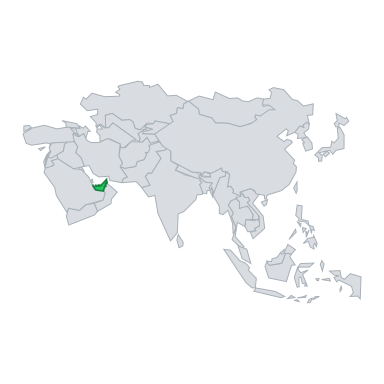 United Arab Emirates highlighted on a map of Asia
{"feature_id": "ARE", "entity_name": "United Arab Emirates", "entity_type": "country or territory", "adm_level": 0, "iso_a3": "ARE", "parent_name": "Asia", "parent_adm1": "", "projection": "robinson", "projection_center": [54.388, 24.345], "detail": "fine", "context": "in_parent", "style": "filled", "palette": "green", "viewbox_px": 384, "rotation_deg": 0, "n_neighbors": 45, "source": "natural_earth", "source_scale": "50m", "svg_char_len": 14632}
<svg xmlns="http://www.w3.org/2000/svg" viewBox="0 0 384 384"><path d="M187.6,101.4L183.8,103.9L183.0,108.7L177.5,107.6L176.5,113.5L170.1,115.6L173.2,121.4L171.9,124.2L155.1,121.0L153.4,123.7L147.0,123.0L140.5,129.9L135.1,128.2L133.1,122.0L129.7,119.6L121.9,120.3L112.3,113.4L105.4,115.3L105.6,127.7L100.4,124.3L96.1,126.1L96.1,122.7L90.3,116.6L97.6,114.5L97.7,109.2L87.2,110.7L80.4,104.1L83.5,97.3L86.1,99.2L92.0,93.2L104.7,96.7L119.2,96.2L119.8,94.6L115.6,92.4L119.9,89.1L117.9,86.8L119.1,85.7L137.9,81.3L142.5,82.0L143.6,85.3L149.5,85.6L149.5,87.4L157.9,84.2L167.6,95.9L176.2,95.3L187.6,101.4Z" fill="#d9dde1" stroke="#a8b0b8" stroke-width="1"/><path d="M105.6,127.7L105.4,115.3L112.3,113.4L121.9,120.3L129.7,119.6L133.1,122.0L135.1,128.2L139.5,129.9L146.5,124.5L145.2,127.0L152.6,129.2L149.3,131.6L146.0,131.4L146.0,128.9L142.4,129.7L140.5,133.7L138.1,133.5L140.3,138.4L138.9,141.8L112.8,122.9L108.7,127.7L105.6,127.7Z" fill="#d9dde1" stroke="#a8b0b8" stroke-width="1"/><path d="M361.0,276.8L360.2,298.9L357.7,296.1L350.1,296.5L353.4,292.8L351.5,286.3L338.9,280.0L336.8,281.9L333.9,277.5L339.1,275.5L334.7,275.4L329.6,271.1L340.0,270.6L341.2,277.3L344.3,279.4L350.3,273.7L361.0,276.8ZM312.2,298.1L310.4,302.4L307.5,302.7L309.2,299.5L312.2,298.1ZM340.1,291.4L340.0,288.8L341.2,286.4L341.8,289.0L340.1,291.4ZM291.6,253.9L289.9,256.9L295.1,264.9L291.5,265.3L286.4,281.6L268.7,277.9L265.0,266.5L267.0,261.1L269.6,265.3L279.5,263.8L281.9,263.1L285.5,253.3L291.6,253.9ZM321.6,279.5L329.4,278.4L330.4,281.0L321.6,279.5ZM318.5,280.8L316.5,280.2L315.9,278.7L319.0,278.6L318.5,280.8ZM321.8,260.5L324.1,264.1L322.4,271.0L320.3,264.5L321.8,260.5ZM300.7,263.5L313.8,263.1L309.2,267.1L298.7,267.1L298.2,269.7L300.9,272.7L308.1,270.0L302.6,274.4L307.3,286.1L304.5,285.9L306.0,283.1L302.3,283.5L300.9,276.9L298.9,277.9L299.1,286.7L297.2,287.2L294.3,277.4L297.6,267.4L300.7,263.5ZM299.6,301.8L294.2,300.4L297.0,299.7L299.6,301.8ZM297.2,297.9L303.4,296.7L306.2,295.4L305.6,297.3L297.2,297.9ZM291.2,295.4L294.8,297.5L287.6,298.6L291.2,295.4ZM256.0,288.0L275.5,291.5L284.6,296.4L281.1,297.7L253.8,291.2L256.0,288.0ZM248.4,270.3L256.3,278.3L255.3,287.8L252.0,287.9L245.7,282.3L223.8,249.3L230.4,250.1L240.0,260.8L245.6,263.2L249.6,267.6L248.4,270.3Z" fill="#d9dde1" stroke="#a8b0b8" stroke-width="1"/><path d="M312.5,299.8L315.2,296.6L319.4,296.5L312.5,299.8Z" fill="#d9dde1" stroke="#a8b0b8" stroke-width="1"/><path d="M48.4,154.9L45.7,159.7L45.1,167.7L43.6,161.9L46.3,155.6L48.4,154.9Z" fill="#d9dde1" stroke="#a8b0b8" stroke-width="1"/><path d="M50.8,151.8L46.4,155.5L50.4,150.4L50.8,151.8Z" fill="#d9dde1" stroke="#a8b0b8" stroke-width="1"/><path d="M47.5,157.9L45.5,161.4L46.4,157.4L47.5,157.9Z" fill="#d9dde1" stroke="#a8b0b8" stroke-width="1"/><path d="M47.5,157.9L56.9,154.6L57.8,158.7L51.5,160.9L54.1,164.3L48.4,168.8L45.1,167.7L47.5,157.9Z" fill="#d9dde1" stroke="#a8b0b8" stroke-width="1"/><path d="M90.8,183.8L90.6,181.4L92.2,179.2L93.1,182.3L90.8,183.8Z" fill="#d9dde1" stroke="#a8b0b8" stroke-width="1"/><path d="M80.9,165.8L84.0,170.9L78.7,169.1L80.9,165.8Z" fill="#d9dde1" stroke="#a8b0b8" stroke-width="1"/><path d="M57.8,158.7L56.9,154.6L63.3,151.0L64.4,144.4L68.8,141.0L74.3,141.7L77.8,146.7L75.8,152.5L81.1,157.6L84.5,166.3L73.3,168.8L57.8,158.7Z" fill="#d9dde1" stroke="#a8b0b8" stroke-width="1"/><path d="M103.7,190.8L107.1,183.3L117.2,192.1L111.4,199.2L111.0,203.6L97.5,211.4L94.2,203.4L103.1,200.0L105.0,193.2L103.7,190.8ZM107.4,178.6L106.2,179.4L107.0,178.3L107.4,178.6Z" fill="#d9dde1" stroke="#a8b0b8" stroke-width="1"/><path d="M244.9,226.5L245.8,219.6L254.9,220.8L256.1,218.4L259.6,222.0L259.5,226.0L254.6,228.6L256.0,230.7L247.8,231.8L244.9,226.5Z" fill="#d9dde1" stroke="#a8b0b8" stroke-width="1"/><path d="M252.4,219.4L245.8,219.6L244.9,226.5L237.3,222.4L235.2,236.5L244.2,246.8L241.3,248.6L232.1,239.6L236.0,227.5L231.4,216.6L233.3,213.0L228.3,205.3L230.6,201.0L235.9,198.6L239.6,201.8L239.4,208.4L245.5,205.7L250.2,208.7L253.2,215.0L252.4,219.4Z" fill="#d9dde1" stroke="#a8b0b8" stroke-width="1"/><path d="M258.8,219.7L252.4,219.4L253.2,215.0L247.8,206.0L239.4,208.4L239.6,201.8L235.9,198.6L240.7,196.0L240.0,192.1L244.9,197.4L248.5,197.4L249.9,200.4L247.3,202.5L258.3,213.9L258.8,219.7Z" fill="#d9dde1" stroke="#a8b0b8" stroke-width="1"/><path d="M235.9,198.6L230.6,201.0L228.3,205.3L233.3,213.0L231.4,216.6L236.0,227.5L233.2,234.2L232.6,223.4L227.9,210.4L222.9,214.6L219.3,213.5L219.3,206.1L212.7,195.0L219.7,177.7L225.4,175.9L225.5,171.9L229.7,174.5L227.7,186.8L230.7,186.2L233.6,190.0L232.9,192.8L238.6,193.7L235.9,198.6Z" fill="#d9dde1" stroke="#a8b0b8" stroke-width="1"/><path d="M250.4,232.3L256.0,230.7L254.6,228.6L259.5,226.0L259.2,216.3L247.3,202.5L249.9,200.4L248.5,197.4L244.9,197.4L241.4,191.6L250.5,188.6L259.0,194.7L252.6,203.2L263.1,216.0L264.7,228.3L253.0,238.7L250.4,232.3Z" fill="#d9dde1" stroke="#a8b0b8" stroke-width="1"/><path d="M309.3,124.1L308.5,129.1L303.8,132.9L306.9,137.6L297.4,138.5L298.1,134.2L294.6,132.4L296.1,130.2L299.7,126.0L303.7,127.2L302.7,125.4L306.9,122.1L309.3,124.1Z" fill="#d9dde1" stroke="#a8b0b8" stroke-width="1"/><path d="M301.8,139.7L307.1,136.8L311.9,143.0L312.5,148.8L305.7,151.1L302.6,143.2L304.5,142.6L301.8,139.7Z" fill="#d9dde1" stroke="#a8b0b8" stroke-width="1"/><path d="M188.5,101.1L199.2,96.1L213.1,99.7L215.3,92.1L229.5,98.5L237.7,97.9L242.8,101.1L248.6,101.6L257.2,97.9L263.6,99.1L263.4,106.3L269.2,105.2L274.8,108.5L260.3,116.0L255.7,115.0L254.9,117.1L256.8,119.5L253.7,122.5L239.9,126.7L227.8,123.2L215.6,123.0L211.8,117.9L199.4,114.4L198.5,109.1L188.5,101.1Z" fill="#d9dde1" stroke="#a8b0b8" stroke-width="1"/><path d="M225.5,171.9L225.4,175.9L219.7,177.7L213.7,193.1L211.8,187.7L210.6,189.9L208.9,188.1L212.2,183.1L204.9,182.1L200.7,178.1L199.8,180.4L202.0,182.2L199.7,184.7L201.6,185.6L202.6,194.3L197.0,194.9L195.9,199.5L183.7,211.7L178.2,213.9L177.3,232.7L170.5,240.9L158.0,213.6L154.9,195.4L148.6,197.0L141.6,187.5L149.9,185.2L145.2,176.4L148.3,172.9L151.6,173.1L160.9,158.3L156.2,151.4L164.9,150.2L167.4,147.4L170.8,151.3L171.0,160.9L178.2,165.4L175.5,170.1L185.2,175.0L199.2,178.2L200.7,172.5L201.3,175.9L204.0,177.2L210.6,176.8L209.4,173.6L221.6,167.9L222.4,171.4L225.5,171.9Z" fill="#d9dde1" stroke="#a8b0b8" stroke-width="1"/><path d="M211.8,187.7L213.1,197.7L209.8,190.6L207.1,190.5L206.7,193.8L203.0,193.0L199.7,184.7L202.0,182.2L199.8,180.4L200.7,178.1L204.9,182.1L212.2,183.1L208.9,188.1L210.6,189.9L211.8,187.7Z" fill="#d9dde1" stroke="#a8b0b8" stroke-width="1"/><path d="M209.4,173.6L210.6,176.8L201.3,175.9L204.4,171.8L209.4,173.6Z" fill="#d9dde1" stroke="#a8b0b8" stroke-width="1"/><path d="M199.0,173.2L199.2,178.2L196.8,178.3L175.5,170.1L179.3,164.6L192.3,172.1L199.0,173.2Z" fill="#d9dde1" stroke="#a8b0b8" stroke-width="1"/><path d="M167.4,147.4L164.9,150.2L156.2,151.4L160.9,158.3L151.6,173.1L148.3,172.9L145.2,176.4L149.9,185.2L141.6,187.5L136.2,181.6L122.0,182.7L123.0,178.8L127.2,177.0L120.0,166.6L124.8,168.3L135.7,166.4L137.2,161.6L144.0,159.6L150.3,143.9L159.5,141.8L162.7,146.0L167.4,147.4Z" fill="#d9dde1" stroke="#a8b0b8" stroke-width="1"/><path d="M130.3,141.9L142.7,141.8L147.0,137.2L150.3,143.2L154.0,140.6L159.5,141.8L148.8,145.4L150.0,148.5L148.1,152.5L145.4,152.4L146.6,154.6L144.0,159.6L137.2,161.6L135.7,166.4L124.8,168.3L120.0,166.6L122.5,163.5L118.8,155.9L120.5,146.8L125.5,147.7L130.3,141.9Z" fill="#d9dde1" stroke="#a8b0b8" stroke-width="1"/><path d="M138.9,141.8L140.3,138.4L138.1,133.5L146.0,128.9L147.2,131.3L143.0,133.7L154.7,134.0L158.9,140.8L150.3,143.2L147.0,137.2L142.7,141.8L138.9,141.8Z" fill="#d9dde1" stroke="#a8b0b8" stroke-width="1"/><path d="M146.5,124.5L153.4,123.7L155.1,121.0L171.9,124.2L154.7,134.0L143.0,133.7L143.2,131.8L152.6,129.2L145.2,127.0L146.5,124.5Z" fill="#d9dde1" stroke="#a8b0b8" stroke-width="1"/><path d="M96.1,126.1L100.4,124.3L104.2,127.9L108.7,127.7L112.8,122.9L135.2,139.0L135.2,141.0L133.0,140.0L123.4,148.1L120.5,146.8L120.2,144.0L109.5,138.8L100.0,141.6L99.9,135.7L96.6,132.0L97.2,129.2L102.2,128.9L99.4,125.0L96.9,128.3L96.1,126.1Z" fill="#d9dde1" stroke="#a8b0b8" stroke-width="1"/><path d="M84.5,166.3L81.1,157.6L75.8,152.5L77.8,146.7L72.9,139.0L72.8,134.0L78.3,136.4L83.7,133.5L86.8,140.3L91.3,142.7L99.7,142.4L107.5,138.5L120.2,144.0L118.8,155.9L122.5,163.5L120.0,166.6L127.2,177.0L123.0,178.8L122.0,182.7L110.0,180.5L108.8,176.3L98.7,176.9L93.0,173.3L89.0,165.5L84.5,166.3Z" fill="#d9dde1" stroke="#a8b0b8" stroke-width="1"/><path d="M48.0,156.8L50.8,151.8L49.1,147.7L51.7,142.9L67.5,141.5L64.4,144.4L63.3,151.0L51.1,158.2L48.0,156.8Z" fill="#d9dde1" stroke="#a8b0b8" stroke-width="1"/><path d="M79.3,136.3L71.6,131.3L71.6,128.4L77.0,129.4L79.3,136.3Z" fill="#d9dde1" stroke="#a8b0b8" stroke-width="1"/><path d="M74.3,141.7L51.7,142.9L49.9,146.3L50.1,143.5L46.1,143.0L31.8,145.2L26.2,143.4L23.0,133.9L32.2,128.0L44.2,125.3L57.1,128.9L69.0,126.8L74.7,133.1L72.8,134.0L74.3,141.7ZM23.9,126.0L29.1,125.4L31.5,127.7L23.8,131.6L23.9,126.0Z" fill="#d9dde1" stroke="#a8b0b8" stroke-width="1"/><path d="M183.2,242.4L182.8,245.9L179.0,247.7L176.9,240.1L178.2,234.6L183.2,242.4Z" fill="#d9dde1" stroke="#a8b0b8" stroke-width="1"/><path d="M264.1,206.1L261.3,202.1L267.5,199.7L266.5,204.5L264.1,206.1ZM154.7,134.0L173.2,121.4L170.1,115.6L176.5,113.5L177.5,107.6L183.0,108.7L183.8,103.9L188.5,101.1L198.5,109.1L199.4,114.4L211.8,117.9L215.6,123.0L227.8,123.2L239.9,126.7L250.8,123.7L256.8,119.5L254.9,117.1L255.7,115.0L260.3,116.0L269.0,109.8L274.9,109.7L269.2,105.2L262.3,104.9L263.6,99.1L270.1,98.3L271.5,92.4L269.0,89.8L273.4,87.6L283.7,89.7L292.4,99.5L297.3,100.6L303.6,106.1L313.3,103.8L312.7,114.8L307.4,115.4L309.3,124.1L306.9,122.1L302.7,125.4L303.7,127.2L299.7,126.0L294.6,132.4L286.5,135.8L288.3,130.7L286.3,128.9L276.9,136.4L284.2,141.7L286.8,139.3L291.4,140.7L292.3,142.5L284.5,149.3L294.6,160.3L293.4,163.7L296.4,166.6L296.0,172.1L289.1,184.5L281.6,190.5L267.0,195.2L266.4,198.8L264.7,199.0L264.3,195.3L255.9,193.8L254.7,190.5L250.5,188.6L240.0,192.1L240.7,196.0L232.9,192.8L233.6,190.0L230.7,186.2L227.7,186.8L229.7,174.5L227.2,171.7L222.4,171.4L221.6,167.9L211.7,173.2L204.4,171.8L201.2,175.2L200.7,172.5L192.3,172.1L171.0,160.9L170.8,151.3L162.7,146.0L154.7,134.0Z" fill="#d9dde1" stroke="#a8b0b8" stroke-width="1"/><path d="M297.0,182.0L297.1,190.5L296.1,193.3L293.7,187.9L297.0,182.0Z" fill="#d9dde1" stroke="#a8b0b8" stroke-width="1"/><path d="M79.4,125.9L83.2,128.2L85.4,126.0L90.2,131.3L87.9,131.5L85.9,137.8L83.7,133.5L79.3,136.3L77.0,132.5L75.4,127.9L79.6,128.5L79.4,125.9ZM78.3,136.4L76.4,135.9L74.7,133.1L77.3,133.9L78.3,136.4Z" fill="#d9dde1" stroke="#a8b0b8" stroke-width="1"/><path d="M62.1,120.6L76.9,123.7L80.0,128.1L66.1,127.0L66.0,123.2L62.1,120.6Z" fill="#d9dde1" stroke="#a8b0b8" stroke-width="1"/><path d="M300.5,226.5L297.5,222.2L301.1,223.5L300.5,226.5ZM306.3,237.3L305.8,231.0L307.1,233.1L309.1,229.8L306.3,237.3ZM313.4,234.8L317.1,243.5L316.3,246.6L315.0,243.2L313.7,244.9L314.0,249.0L310.3,247.0L308.3,241.3L303.3,243.5L307.8,238.4L313.7,237.4L313.4,234.8ZM296.2,232.1L289.0,239.5L295.5,229.3L296.2,232.1ZM302.1,206.0L301.4,219.3L308.2,221.1L308.8,225.3L305.2,221.9L298.3,220.9L299.2,218.6L295.8,215.6L297.2,205.1L302.1,206.0ZM303.1,232.5L302.4,227.5L306.2,228.6L303.1,232.5ZM313.2,226.6L314.3,230.4L311.9,229.5L311.5,233.5L309.4,225.3L313.2,226.6Z" fill="#d9dde1" stroke="#a8b0b8" stroke-width="1"/><path d="M238.1,246.0L246.8,249.2L250.8,263.5L242.2,258.6L238.1,246.0ZM291.6,253.9L285.5,253.3L281.9,263.1L269.6,265.3L267.6,263.4L267.0,261.1L271.5,261.6L272.1,258.8L277.0,257.4L280.5,252.6L284.0,253.3L287.8,244.4L295.4,249.6L291.6,253.9Z" fill="#d9dde1" stroke="#a8b0b8" stroke-width="1"/><path d="M284.2,249.4L284.0,253.3L281.9,254.3L280.5,252.6L284.2,249.4Z" fill="#d9dde1" stroke="#a8b0b8" stroke-width="1"/><path d="M344.1,134.9L344.0,148.6L335.9,150.4L332.8,154.3L329.8,150.4L318.8,152.8L322.3,155.3L321.7,161.1L318.5,161.2L318.5,158.1L314.8,154.8L322.1,147.6L330.7,147.3L331.8,141.2L334.1,142.9L338.3,138.2L337.3,128.1L340.0,127.5L344.1,134.9ZM345.3,118.8L346.6,117.4L348.8,121.2L344.1,125.4L338.9,123.1L338.9,126.8L335.8,126.8L334.2,123.5L337.3,120.7L336.0,113.5L345.3,118.8ZM323.1,154.3L326.7,151.2L329.6,153.1L325.5,156.8L323.1,154.3Z" fill="#d9dde1" stroke="#a8b0b8" stroke-width="1"/><path d="M94.2,203.4L97.5,211.4L94.7,214.9L68.8,225.0L66.3,216.3L68.7,208.2L79.4,210.4L85.7,204.7L94.2,203.4Z" fill="#d9dde1" stroke="#a8b0b8" stroke-width="1"/><path d="M45.2,168.2L52.6,166.0L54.1,164.3L51.5,160.9L57.8,158.7L73.3,168.8L81.3,169.4L89.0,177.3L94.3,189.8L103.7,190.8L105.0,193.2L103.1,200.0L85.7,204.7L79.4,210.4L68.7,208.2L66.9,212.4L56.4,195.6L54.7,187.5L44.1,172.6L45.2,168.2Z" fill="#d9dde1" stroke="#a8b0b8" stroke-width="1"/><path d="M45.4,146.8L40.6,150.5L38.7,148.7L45.4,146.8Z" fill="#d9dde1" stroke="#a8b0b8" stroke-width="1"/><path d="M106.8,180.8L107.0,181.1L107.1,182.9L107.1,183.1L106.9,183.2L106.8,183.5L106.6,183.6L106.4,183.7L106.3,183.9L106.2,183.9L106.0,183.7L105.9,183.5L105.9,183.4L106.0,183.4L106.0,183.2L105.9,183.1L105.7,183.1L105.5,183.3L105.4,183.5L105.4,183.8L105.4,184.1L105.3,184.4L105.3,184.7L105.4,185.0L105.3,185.6L105.8,185.7L105.9,185.9L106.0,186.1L105.9,186.2L105.7,186.3L105.3,186.3L105.1,186.3L104.7,186.4L104.4,186.6L104.5,186.7L104.6,186.8L104.6,187.0L104.5,187.3L104.4,187.7L104.3,188.0L104.1,188.5L103.8,189.2L103.6,189.7L103.6,190.1L103.6,190.3L103.6,190.8L103.4,191.1L103.1,191.1L102.8,191.0L102.5,191.0L102.0,190.9L101.5,190.8L100.9,190.7L100.3,190.7L99.6,190.6L99.0,190.5L98.3,190.4L97.8,190.3L97.2,190.2L96.8,190.2L96.4,190.1L96.2,190.1L95.9,190.0L95.8,189.8L95.6,189.6L95.4,189.4L95.3,189.2L95.1,189.0L95.0,188.7L94.8,188.5L94.6,188.3L94.5,188.1L94.3,187.8L94.2,187.6L94.0,187.4L93.8,187.2L93.7,187.0L93.5,186.7L93.4,186.5L93.2,186.3L93.1,186.1L93.0,185.5L93.0,185.4L93.3,185.6L93.5,185.5L93.7,186.2L93.8,186.4L94.0,186.5L94.6,186.5L95.0,186.4L95.8,186.0L96.2,185.9L97.3,185.9L98.2,186.1L99.5,186.2L99.8,186.1L100.6,185.8L101.0,185.5L101.3,185.5L101.5,185.2L101.6,184.8L101.7,184.6L101.8,184.5L102.0,184.3L102.1,184.0L102.3,183.7L103.3,182.9L103.9,182.2L104.0,182.0L104.3,181.7L104.6,181.3L105.8,180.3L106.0,179.9L106.2,179.4L106.3,179.4L106.4,179.5L106.5,179.8L106.4,180.1L106.4,180.5L106.5,180.8L106.8,180.9L106.8,180.8ZM106.8,182.2L106.6,182.0L106.6,182.3L106.8,182.2ZM99.9,185.8L99.6,185.9L99.3,185.9L99.1,185.8L99.2,185.7L99.6,185.5L99.8,185.7L99.9,185.8ZM98.2,185.5L97.8,185.4L98.2,185.2L98.3,185.2L98.5,185.1L98.4,185.4L98.3,185.5L98.2,185.5ZM101.5,184.9L101.5,185.0L101.4,185.0L101.2,184.9L101.2,184.7L101.3,184.7L101.4,184.8L101.5,184.9ZM96.1,185.4L96.0,185.5L96.0,185.3L96.0,185.2L96.2,185.3L96.1,185.4Z" fill="#22c55e" stroke="#15803d" stroke-width="1.5"/></svg>